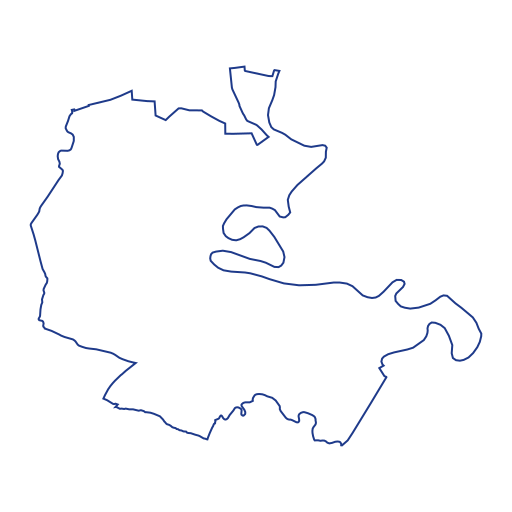 outline of Tutora, Iasi, Romania
{"feature_id": "2599482B32666452870869", "entity_name": "Tutora", "entity_type": "district", "adm_level": 2, "iso_a3": "ROU", "parent_name": "Romania", "parent_adm1": "Iasi", "projection": "equal_earth", "projection_center": [27.782, 47.144], "detail": "fine", "context": "isolated", "style": "outline", "palette": "blue", "viewbox_px": 512, "rotation_deg": 0, "n_neighbors": 0, "source": "geoboundaries", "source_scale": "gbopen_adm2", "svg_char_len": 6002}
<svg xmlns="http://www.w3.org/2000/svg" viewBox="0 0 512 512"><path d="M71.8,109.9L72.2,111.4L72.1,113.3L70.9,114.2L69.5,116.2L68.0,121.0L66.0,126.0L65.7,127.0L65.7,128.4L67.0,130.9L67.6,131.7L68.5,132.3L70.9,133.3L72.7,134.6L73.8,136.9L73.8,140.7L73.6,141.6L71.7,147.4L71.2,148.7L70.7,149.5L69.3,150.4L67.6,150.8L61.4,150.6L60.5,150.8L59.5,151.5L58.7,152.2L58.2,153.3L57.9,154.4L57.7,156.3L58.1,159.1L59.4,161.7L59.8,163.8L59.1,165.8L59.0,166.8L61.8,169.2L62.8,170.3L62.9,171.1L62.6,173.2L61.9,175.5L58.5,180.1L47.7,196.6L41.3,205.6L40.3,207.2L39.7,208.6L39.2,211.5L38.5,212.8L37.3,214.8L31.6,222.8L30.9,224.0L30.7,224.9L30.8,225.7L33.6,234.4L35.3,240.5L40.5,261.2L42.6,269.0L44.5,272.4L45.2,274.0L45.5,275.8L45.9,276.7L47.3,278.3L47.4,279.0L47.2,281.4L46.8,283.0L45.7,284.6L43.7,288.9L43.5,290.3L44.3,292.8L44.2,293.7L43.4,295.0L42.0,299.4L42.3,302.4L41.3,304.8L40.5,309.3L40.1,315.4L39.9,316.5L38.7,318.6L38.7,319.5L39.3,320.2L42.3,320.9L43.1,321.7L43.6,323.4L43.2,325.9L43.4,326.7L44.5,327.8L44.7,328.5L51.6,330.9L59.2,334.5L61.1,335.6L64.6,337.0L72.9,339.4L74.4,340.4L75.4,341.3L77.7,344.6L78.9,345.6L82.1,346.8L85.9,348.0L89.0,348.5L96.2,349.3L110.7,352.7L113.1,353.7L115.2,354.9L119.4,357.8L122.6,359.2L128.2,361.2L132.9,362.4L135.7,363.0L125.7,370.9L121.7,374.5L120.8,375.1L115.1,380.6L112.8,383.1L110.5,385.9L108.2,389.2L105.0,395.1L103.4,398.6L107.1,400.2L112.9,403.8L114.0,404.1L115.5,403.7L117.7,404.5L115.5,407.0L116.2,406.9L119.9,408.8L121.6,408.6L124.2,409.0L125.7,408.6L129.1,409.3L132.9,409.3L138.7,410.7L140.9,410.2L143.8,411.1L145.2,412.2L146.3,412.2L150.4,412.7L153.9,413.8L159.9,416.3L163.0,419.5L164.4,421.6L165.0,422.1L166.1,423.5L167.0,424.2L169.2,424.9L170.7,425.8L172.3,427.2L173.7,427.7L175.6,428.1L176.6,429.0L178.0,429.2L179.5,430.2L181.5,430.5L183.4,431.4L186.1,431.6L187.1,432.7L188.3,433.0L190.8,433.2L195.2,434.7L198.2,435.5L199.5,436.0L203.6,438.4L205.3,438.7L206.8,439.3L207.4,439.4L208.0,437.5L209.7,433.2L212.2,427.6L213.1,426.1L213.6,424.7L214.1,423.8L214.9,423.5L215.1,423.1L215.0,422.6L215.4,421.5L215.2,420.5L215.2,420.1L218.6,418.7L219.2,418.1L220.0,416.4L220.9,415.5L221.3,415.5L222.0,416.1L223.1,418.0L224.0,419.0L225.0,419.5L225.8,419.5L226.6,419.2L227.8,418.2L229.7,415.0L233.4,410.5L234.8,408.2L235.5,407.7L236.3,407.4L237.9,407.3L239.6,408.0L240.9,408.9L241.3,409.4L241.6,410.3L241.3,413.9L241.5,414.7L242.5,415.5L243.1,415.7L243.7,415.5L245.1,414.1L245.3,412.9L245.2,411.8L244.3,409.7L241.8,406.3L241.5,405.4L241.5,404.7L241.9,404.1L243.2,403.0L244.2,402.6L245.5,402.3L249.8,402.3L252.8,400.9L252.7,399.2L253.1,397.8L254.6,395.4L255.3,394.8L256.5,394.3L257.7,394.1L259.2,394.0L262.3,394.3L264.8,395.1L267.2,396.3L272.2,397.8L275.7,400.5L279.7,406.1L279.9,407.8L279.8,409.1L280.7,411.1L285.7,417.6L286.9,418.7L288.1,419.3L289.3,419.6L290.6,419.6L292.3,420.2L296.3,422.2L297.3,422.4L298.4,422.2L299.2,420.9L299.1,419.2L298.6,416.5L298.6,415.7L298.9,414.8L299.4,414.0L301.0,412.8L303.2,412.1L304.5,412.2L307.9,413.2L312.3,415.1L314.1,416.3L314.9,417.2L315.6,419.2L315.5,420.0L315.9,422.3L315.9,423.1L315.5,424.5L313.5,427.1L312.7,428.6L312.4,430.9L312.5,433.0L313.1,436.2L314.1,439.4L314.7,440.4L318.0,440.3L320.5,440.8L322.4,440.5L324.3,440.6L325.8,441.3L327.4,442.7L329.4,443.4L332.0,442.9L335.1,441.8L337.4,441.5L338.4,441.6L339.5,441.8L340.3,442.3L341.2,443.8L341.2,445.3L342.0,445.4L347.7,440.4L352.6,432.9L370.9,403.0L386.4,377.2L386.3,376.9L384.4,376.1L379.3,368.1L383.6,365.6L382.5,364.5L381.4,361.6L382.1,358.6L383.9,356.6L388.2,354.2L394.1,352.4L407.3,349.5L413.1,347.7L423.8,340.1L426.3,336.3L427.4,333.0L427.7,330.6L427.5,328.3L428.1,325.9L429.5,323.9L431.7,322.5L435.3,322.8L440.5,324.8L444.7,328.1L448.9,335.8L452.3,345.1L451.7,353.2L452.9,358.0L456.0,360.2L459.9,360.7L463.7,359.9L468.5,357.5L473.1,353.1L477.3,347.2L479.8,341.9L481.2,336.3L481.3,333.6L478.7,328.7L476.4,322.8L472.8,317.4L461.4,307.8L455.4,303.3L447.1,295.8L443.5,295.4L440.3,296.7L435.6,300.3L430.3,303.8L418.7,307.6L410.2,308.6L404.8,307.7L400.8,306.4L398.2,304.0L395.6,300.9L395.2,296.0L396.3,293.5L403.0,287.0L404.6,283.9L404.0,281.7L401.2,280.0L396.6,279.9L392.5,282.3L383.6,291.7L378.9,295.9L375.7,297.5L372.0,298.0L367.5,297.2L362.7,295.4L352.5,286.2L346.9,283.6L339.5,282.5L334.0,282.5L315.8,284.8L299.1,285.3L283.9,283.4L269.4,279.1L261.8,276.4L250.3,273.3L245.1,272.5L231.2,271.6L223.5,270.3L218.1,267.7L214.2,264.5L210.7,260.8L210.2,258.4L210.5,256.1L211.1,254.2L212.6,252.6L216.0,251.6L222.8,250.7L231.1,252.1L249.8,258.9L260.5,261.0L265.8,262.7L274.4,266.9L278.6,267.1L281.2,265.6L283.4,262.7L284.5,257.1L283.2,251.5L274.3,236.9L269.5,230.7L266.6,227.9L262.7,226.4L258.4,226.5L254.5,228.0L249.5,233.1L243.6,237.3L240.1,239.2L236.2,240.3L232.1,239.8L228.4,238.1L225.8,236.2L223.6,233.0L223.0,228.7L222.9,226.0L224.1,223.3L226.5,219.3L234.8,209.4L237.9,207.4L240.8,206.0L243.4,205.5L246.7,205.4L251.5,206.0L256.3,207.1L264.0,207.7L269.7,207.7L272.2,208.6L274.9,210.1L279.7,216.5L283.3,217.4L285.3,217.2L288.3,214.8L290.2,212.4L288.7,206.6L287.8,199.8L289.3,195.2L291.7,191.5L297.4,185.0L316.2,168.4L322.0,163.6L324.1,161.4L325.8,157.7L325.9,151.7L326.7,147.7L325.2,145.7L322.5,145.1L311.2,146.9L304.3,145.7L291.2,139.3L285.3,134.7L282.1,132.9L273.8,129.4L271.3,127.1L269.3,122.5L268.0,115.1L268.9,108.2L272.3,100.2L274.1,95.1L275.5,87.2L275.7,81.4L278.2,73.8L279.4,70.9L274.5,70.1L274.1,70.5L272.4,76.1L270.2,76.1L268.5,76.0L245.2,71.0L244.8,70.5L244.5,66.6L235.0,67.9L229.9,68.4L231.9,87.6L232.4,89.4L238.6,102.6L239.3,104.5L239.5,106.0L242.3,112.2L243.1,113.8L244.2,115.4L246.1,119.3L247.2,120.8L248.2,121.3L256.0,124.7L257.1,125.4L261.6,129.5L266.8,135.3L268.6,136.9L257.5,144.9L257.0,144.9L256.7,144.5L251.6,133.3L233.3,133.8L225.3,133.7L225.2,123.5L219.4,120.9L211.0,116.3L203.0,111.5L201.9,110.4L189.3,110.3L181.3,108.3L178.6,108.4L169.3,116.6L165.7,120.1L155.6,115.5L154.6,101.4L147.1,101.1L132.3,99.6L131.7,90.8L120.9,95.7L110.4,99.8L88.7,105.0L88.8,105.9L74.5,110.8L74.6,109.8L74.3,109.4L71.8,109.9Z" fill="none" stroke="#1e3a8a" stroke-width="2"/></svg>